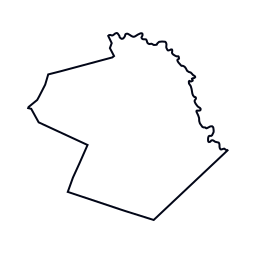 Sullivan, New York, United States of America (Mercator projection), rotated 168°
{"feature_id": "52423323B4442832355941", "entity_name": "Sullivan", "entity_type": "district", "adm_level": 2, "iso_a3": "USA", "parent_name": "United States of America", "parent_adm1": "New York", "projection": "mercator", "projection_center": [-74.957, 41.719], "detail": "fine", "context": "isolated", "style": "outline", "palette": "ink", "viewbox_px": 256, "rotation_deg": 168, "n_neighbors": 0, "source": "geoboundaries", "source_scale": "gbopen_adm2", "svg_char_len": 2561}
<svg xmlns="http://www.w3.org/2000/svg" viewBox="0 0 256 256"><g transform="rotate(168 128 128)"><path d="M122.0,32.7L70.2,64.2L34.5,85.9L35.1,85.7L36.0,85.5L38.2,87.8L38.9,87.8L41.1,87.6L41.9,87.9L42.1,88.3L42.4,89.2L42.4,90.6L42.0,92.5L42.0,93.5L42.0,94.0L42.4,94.9L45.6,96.4L47.1,98.0L48.1,98.5L49.0,98.5L50.4,97.5L50.8,97.4L51.7,97.4L52.2,97.9L52.3,98.4L52.2,99.6L51.7,101.6L51.1,102.7L50.8,103.1L50.0,103.4L48.4,103.0L47.3,103.4L45.2,106.1L45.0,106.6L44.7,108.0L44.6,109.0L44.5,110.5L44.6,111.0L44.8,111.5L45.4,112.2L46.7,112.4L47.3,112.4L50.5,111.5L51.3,111.4L51.8,111.7L52.1,112.3L53.1,112.7L54.0,112.9L55.0,113.6L56.7,117.5L56.9,120.0L56.4,123.0L56.7,125.6L57.6,129.5L57.6,130.0L57.4,130.5L57.0,130.7L54.9,130.2L53.6,130.3L53.1,131.1L53.0,131.7L53.4,132.6L55.2,134.4L55.9,135.7L56.9,138.0L57.3,139.9L57.2,140.7L56.9,141.2L55.5,142.5L55.3,143.2L55.5,144.0L55.8,144.3L56.6,144.5L57.6,146.3L57.9,148.3L57.7,152.9L57.9,155.5L58.0,156.1L59.1,158.8L58.9,160.6L58.6,161.1L58.2,161.3L57.9,161.2L57.1,160.5L56.6,160.4L55.1,160.7L54.8,161.1L54.8,161.4L55.2,162.4L55.2,162.9L54.5,163.2L53.3,163.1L52.4,163.3L51.7,163.8L51.7,164.5L52.8,165.8L53.5,166.5L54.3,168.0L55.2,169.3L56.9,170.2L58.3,171.7L59.0,174.3L59.8,176.0L60.7,176.9L61.6,177.5L62.5,177.6L63.0,178.0L65.1,181.7L65.6,183.4L65.6,184.1L65.3,184.6L64.0,185.0L63.6,185.6L63.6,187.1L63.7,187.4L64.0,187.7L65.5,188.0L65.9,188.2L67.2,189.2L68.6,190.6L69.2,191.7L69.3,192.1L69.3,192.6L68.9,193.6L68.6,194.7L68.6,195.3L68.8,195.7L69.6,195.9L71.0,195.5L72.5,195.5L72.9,195.7L73.2,196.2L73.7,198.0L73.8,198.8L73.7,199.4L73.0,201.8L73.0,202.8L73.1,203.5L73.5,204.4L73.9,204.7L76.7,205.5L79.5,205.8L79.9,205.7L81.9,204.5L82.5,203.6L83.4,203.5L85.6,203.9L87.0,205.2L87.7,205.6L89.3,205.6L90.4,206.1L91.2,207.1L91.5,208.5L91.5,209.6L91.8,210.7L92.4,211.1L94.6,211.6L95.3,212.0L95.7,212.5L96.0,213.4L96.0,213.8L94.6,215.5L94.3,216.7L94.4,217.4L94.9,217.8L96.1,218.0L99.0,217.3L101.9,216.2L103.3,216.0L104.4,216.4L105.7,217.4L106.4,218.2L108.5,220.1L109.1,220.4L110.0,220.5L110.5,220.4L111.1,220.1L111.9,218.5L113.0,217.3L114.4,216.5L115.5,216.5L116.0,216.8L117.0,218.0L117.3,218.7L117.3,219.8L117.4,220.2L118.4,222.5L118.8,223.0L119.6,223.3L121.1,223.0L122.6,222.2L123.7,221.8L124.4,221.8L126.0,222.7L127.2,222.8L128.2,222.2L126.3,214.4L129.1,209.9L126.7,201.3L128.7,200.3L182.0,197.5L194.9,197.0L200.0,187.6L208.4,177.3L211.0,174.3L220.9,169.2L221.5,168.2L218.7,166.9L214.2,152.1L171.1,119.8L183.0,103.3L192.2,90.9L200.2,78.0L152.0,49.7L147.5,47.1L122.0,32.7Z" fill="none" stroke="#020617" stroke-width="2"/></g></svg>